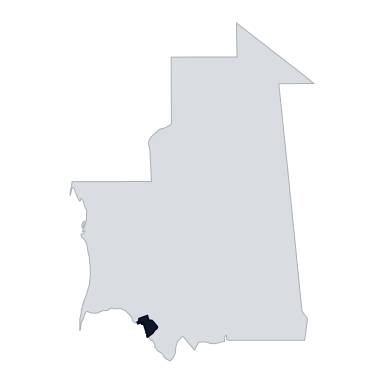 Kaedi, Gorgol, Mauritania (highlighted)
{"feature_id": "47542326B29120201182559", "entity_name": "Kaedi", "entity_type": "district", "adm_level": 2, "iso_a3": "MRT", "parent_name": "Mauritania", "parent_adm1": "Gorgol", "projection": "equal_earth", "projection_center": [-13.341, 16.007], "detail": "fine", "context": "in_parent", "style": "filled", "palette": "ink", "viewbox_px": 384, "rotation_deg": 0, "n_neighbors": 0, "source": "geoboundaries", "source_scale": "gbopen_adm2", "svg_char_len": 4968}
<svg xmlns="http://www.w3.org/2000/svg" viewBox="0 0 384 384"><path d="M166.6,359.2L166.2,359.0L164.0,357.0L163.0,354.7L161.3,352.9L158.9,351.7L157.3,350.4L156.6,348.8L155.7,347.8L154.8,347.3L154.7,346.8L155.0,346.0L154.7,344.6L153.3,341.5L152.0,340.1L150.9,340.3L150.3,339.9L149.9,339.3L149.8,338.3L149.0,337.4L147.7,337.0L146.7,334.7L145.9,330.5L144.8,327.3L143.6,324.9L142.7,324.0L142.0,323.9L141.8,323.5L141.6,322.8L140.6,322.6L139.2,323.3L138.0,323.0L137.4,321.9L136.5,321.8L135.4,322.7L134.2,322.5L132.9,321.0L132.2,319.5L132.1,318.0L129.8,315.1L125.4,310.6L120.7,308.6L115.5,308.8L112.7,308.6L112.0,307.9L111.4,308.0L110.8,308.8L110.1,309.0L109.4,308.5L108.9,308.9L108.7,310.0L106.9,310.6L103.5,310.6L100.7,311.3L98.6,312.7L95.6,313.2L91.7,313.0L89.3,312.5L88.5,311.7L87.4,311.5L86.0,312.0L84.7,314.2L83.5,318.1L82.6,320.4L81.8,320.9L81.0,323.9L80.5,328.8L79.8,331.0L79.9,318.7L81.0,314.1L81.4,310.1L83.8,301.2L86.7,293.9L89.4,284.3L90.4,274.9L90.1,265.8L89.4,257.7L88.1,252.3L86.9,244.6L85.0,240.5L81.6,236.9L80.9,234.8L81.7,234.1L83.8,233.5L85.1,230.8L82.3,231.8L85.6,223.3L86.6,217.5L86.5,213.7L87.1,211.4L84.7,206.3L82.8,199.9L81.8,198.9L80.8,198.4L80.7,199.9L80.1,201.2L78.9,200.4L76.8,195.7L73.9,188.2L72.9,187.4L72.0,188.5L71.5,189.4L70.4,195.7L70.1,193.2L70.6,190.3L71.3,186.7L72.2,181.6L74.8,181.6L79.4,181.6L88.6,181.6L93.2,181.6L102.4,181.6L107.0,181.6L116.2,181.6L120.8,181.6L130.0,181.5L134.6,181.5L143.9,181.5L148.5,181.5L151.5,181.5L151.3,177.9L151.2,175.1L151.0,171.3L150.8,167.5L150.6,163.7L150.4,160.1L150.2,156.6L150.1,153.3L149.9,150.3L149.6,148.5L148.7,145.1L148.5,143.4L148.7,141.6L149.4,139.9L151.2,136.8L153.9,134.4L157.0,131.6L159.3,129.5L160.6,129.0L164.3,128.2L167.2,126.7L170.1,125.1L171.2,124.2L171.4,121.3L171.1,57.1L185.1,57.1L188.8,57.0L214.6,57.0L218.3,57.0L237.0,57.0L237.0,54.0L236.9,49.7L236.8,43.8L236.7,37.8L236.6,27.4L236.5,23.0L240.3,25.9L247.7,31.8L251.5,34.7L259.0,40.5L266.5,46.3L274.0,52.2L277.8,55.1L281.6,58.0L285.4,60.9L289.1,63.9L296.7,69.7L299.9,72.2L304.8,76.1L309.3,79.8L313.9,83.5L307.0,83.5L297.7,83.6L291.4,83.6L284.9,83.6L278.8,83.6L279.4,89.6L280.1,96.2L280.8,102.9L281.5,109.5L282.2,116.1L284.2,136.1L284.9,142.7L285.6,149.4L286.3,156.1L287.0,162.7L288.4,176.1L289.0,182.8L289.7,189.5L290.4,196.2L291.1,203.0L291.8,209.7L293.1,223.1L293.8,229.9L294.5,236.6L295.2,243.4L295.9,250.1L296.5,256.9L297.2,263.7L297.9,270.4L299.3,284.0L299.9,290.8L300.6,297.6L301.3,304.4L301.9,311.0L304.4,314.4L307.5,318.8L306.7,324.9L305.8,332.3L304.7,340.3L296.2,340.3L287.9,340.3L267.1,340.3L262.9,340.3L242.1,340.3L238.0,340.3L229.9,340.3L227.6,340.2L226.7,339.5L226.4,335.4L225.7,335.6L224.8,336.9L224.4,338.2L224.6,339.9L224.4,341.4L221.8,342.0L218.2,342.9L214.4,343.7L210.5,343.4L209.2,343.1L207.8,342.5L204.7,341.9L203.1,341.9L201.2,342.0L198.9,342.4L198.2,343.1L196.5,346.2L194.9,349.8L193.8,349.8L192.6,347.8L189.3,344.1L185.3,339.2L183.4,336.8L182.5,336.5L180.6,338.2L178.9,339.9L177.2,342.3L176.5,344.6L175.8,347.2L175.6,350.4L175.0,354.1L173.6,357.1L171.9,359.3L170.7,360.4L170.2,361.0L166.6,359.2ZM83.8,225.5L82.5,228.1L81.9,227.1L81.7,225.4L82.8,222.9L83.4,221.6L84.4,221.2L83.8,225.5Z" fill="#d9dde1" stroke="#a8b0b8" stroke-width="1"/><path d="M139.2,318.4L139.0,318.5L138.6,321.5L137.6,321.9L137.5,322.1L137.3,322.4L137.3,322.5L137.2,322.5L137.3,323.0L137.5,323.2L137.6,323.4L137.7,323.6L137.8,323.7L137.9,323.8L138.0,323.9L138.3,323.5L138.5,323.4L138.6,323.5L138.8,323.6L139.0,323.5L139.2,323.4L139.3,323.3L139.4,323.2L139.7,323.1L139.9,323.0L140.0,322.9L140.4,322.7L140.5,322.8L141.2,323.0L141.5,322.9L141.8,322.6L141.9,322.4L142.0,322.4L142.1,322.5L142.2,322.9L142.1,323.0L141.8,323.1L141.5,323.3L141.4,323.7L141.6,324.1L141.8,324.3L142.0,324.3L142.1,324.0L142.2,323.6L142.4,323.5L142.6,323.5L142.6,323.8L142.7,324.1L142.9,324.2L143.3,324.4L143.6,324.6L143.9,324.8L144.0,324.8L144.3,325.1L144.2,325.6L144.2,326.1L144.3,326.2L144.3,326.3L144.5,326.5L144.5,327.3L144.6,327.6L144.8,327.9L144.9,328.1L145.0,328.2L145.1,328.3L145.3,328.4L145.5,328.5L145.5,328.8L145.4,329.0L145.2,329.2L145.2,329.3L145.2,329.6L145.3,329.6L145.5,329.7L145.6,329.8L145.8,330.1L145.9,330.4L145.8,330.5L145.8,330.8L145.8,331.0L145.8,331.4L145.9,331.5L146.0,331.6L146.1,331.8L146.3,331.9L146.4,332.0L146.5,332.2L146.5,332.3L146.5,332.5L146.4,332.5L146.2,332.4L146.0,332.5L146.0,332.8L146.0,333.0L146.3,333.2L146.4,333.3L146.5,333.5L146.8,333.7L146.9,333.9L147.3,334.4L147.4,334.5L147.5,334.6L147.7,334.8L147.7,335.0L147.6,335.3L147.4,335.5L147.2,335.5L147.0,335.4L146.9,335.4L146.8,335.5L146.8,335.9L146.8,336.0L147.0,336.3L147.1,336.6L147.2,336.8L147.2,337.0L147.3,337.1L147.5,337.2L147.8,336.9L149.7,335.5L150.1,335.2L151.5,334.1L153.0,333.0L154.4,330.6L155.8,329.4L156.9,328.5L157.2,327.8L157.4,327.2L157.4,326.6L154.9,323.7L153.7,322.3L153.4,321.9L151.9,320.4L151.6,320.6L151.3,320.6L150.3,320.1L148.8,320.1L148.0,317.5L147.4,315.5L142.1,317.4L140.0,318.1L139.2,318.4Z" fill="#0f172a" stroke="#020617" stroke-width="1.5"/></svg>